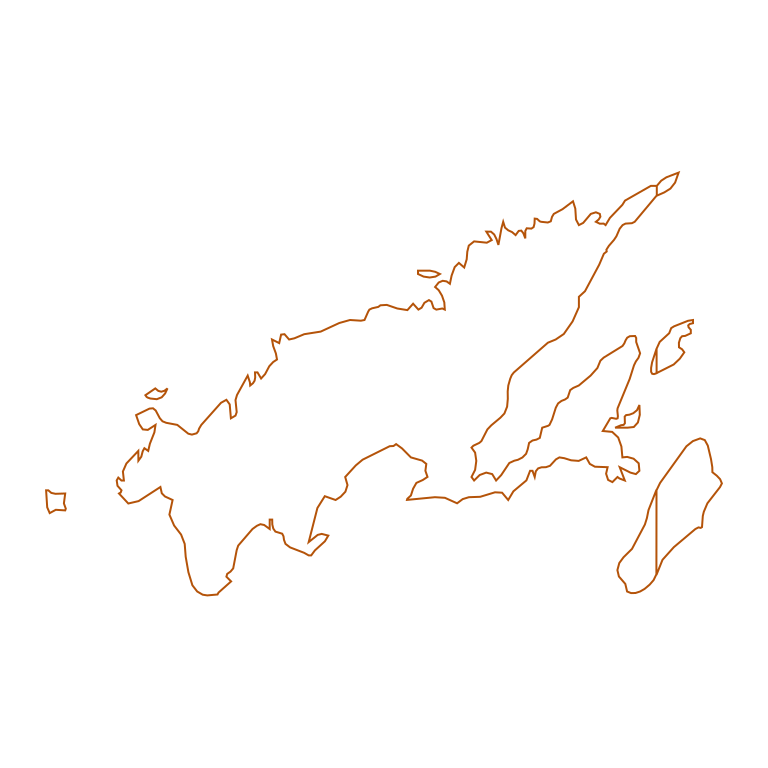 outline of Northern
{"feature_id": "FJI-2619", "entity_name": "Northern", "entity_type": "Division", "adm_level": 1, "iso_a3": "FJI", "parent_name": "Fiji", "parent_adm1": "", "projection": "equal_earth", "projection_center": [179.45, -16.564], "detail": "fine", "context": "isolated", "style": "outline", "palette": "amber", "viewbox_px": 768, "rotation_deg": 0, "n_neighbors": 0, "source": "natural_earth", "source_scale": "10m", "svg_char_len": 6124}
<svg xmlns="http://www.w3.org/2000/svg" viewBox="0 0 768 768"><path d="M656.8,195.4L634.7,221.8L631.9,223.2L625.5,223.6L622.6,225.1L619.7,228.7L616.4,236.3L614.0,239.9L608.9,245.8L606.4,249.7L606.7,251.5L603.9,253.7L599.2,264.7L585.0,291.2L578.9,296.8L578.9,307.2L572.6,321.4L563.8,334.0L555.7,339.5L547.9,342.7L513.8,372.5L511.7,375.2L510.2,378.8L508.3,385.5L507.7,391.4L507.8,398.9L507.1,406.7L504.4,413.5L500.4,417.7L491.3,425.3L487.4,429.4L481.4,441.1L479.3,442.9L473.4,445.7L471.5,447.6L475.1,452.6L476.3,460.9L475.1,469.9L471.5,477.0L474.1,480.5L479.7,475.0L486.2,472.6L492.2,474.1L496.1,480.5L501.2,475.1L509.3,463.0L514.3,460.7L517.9,459.8L522.4,457.5L526.1,453.8L527.7,449.3L529.1,442.9L532.5,440.5L536.5,439.6L539.8,437.9L542.2,427.7L548.1,425.8L549.5,424.9L552.1,419.4L555.8,407.7L558.1,403.4L561.5,400.9L565.0,399.5L567.7,397.6L570.2,390.1L573.3,387.9L578.8,385.5L590.6,375.6L597.4,368.0L600.4,360.7L603.7,357.6L622.5,346.0L624.3,343.4L625.6,340.3L627.2,337.7L629.8,336.2L635.1,336.0L636.2,338.0L636.2,342.0L640.1,353.3L638.5,357.8L635.9,361.4L634.0,365.3L629.7,378.9L617.6,408.3L617.3,410.5L617.9,416.2L617.6,418.3L616.2,418.8L611.7,417.9L610.3,418.3L602.8,431.0L612.2,431.9L618.2,437.5L621.4,446.5L622.4,457.4L627.2,456.9L633.6,458.7L638.7,463.3L639.4,470.8L635.9,474.1L630.4,472.6L619.7,467.2L624.8,480.5L619.5,478.5L617.5,477.0L612.4,482.1L608.1,479.9L606.1,473.7L607.6,467.2L594.9,466.7L589.8,463.9L586.2,457.4L578.7,460.9L571.1,460.3L564.3,458.2L559.4,457.4L555.9,459.4L550.0,465.8L545.9,467.2L541.5,467.3L538.1,468.4L535.8,471.3L534.7,477.0L532.5,470.8L530.1,470.8L526.4,480.4L513.4,491.3L508.2,500.0L502.1,492.7L495.0,492.3L480.2,496.8L468.9,497.2L462.7,499.1L457.1,503.3L444.9,497.8L434.9,497.2L407.0,499.9L407.3,498.8L410.9,495.5L413.1,488.7L416.4,482.9L422.8,480.0L427.5,476.9L425.4,470.8L426.3,463.9L422.1,460.6L410.9,457.4L402.0,448.4L396.1,444.1L393.5,446.0L389.7,446.2L362.6,459.7L355.8,465.4L345.2,477.0L347.5,485.1L345.4,491.7L340.7,496.7L335.6,500.0L324.8,496.2L317.4,508.0L308.7,542.1L317.7,534.9L321.7,533.9L328.3,535.6L324.9,541.3L314.9,550.4L311.2,555.4L308.7,555.4L304.1,552.8L290.1,547.4L285.5,543.9L284.0,539.9L283.5,536.3L282.2,533.7L275.4,531.6L273.3,528.6L272.3,524.5L272.2,519.6L269.7,519.6L269.7,529.0L264.2,525.0L260.4,524.2L256.9,525.8L252.5,529.0L238.2,545.6L236.7,550.1L233.2,568.4L230.5,571.6L227.2,573.9L226.4,576.7L231.1,581.4L218.5,592.6L217.5,594.5L207.3,595.4L202.7,594.7L197.2,591.5L192.4,585.3L188.4,572.2L185.7,556.8L184.7,543.9L181.1,534.6L174.1,525.5L169.4,514.6L172.6,500.0L165.0,496.5L161.8,493.3L160.4,487.0L138.6,501.1L128.3,503.5L119.0,493.5L120.7,492.5L121.5,490.3L117.5,485.8L116.7,480.4L118.3,477.6L121.4,480.5L123.9,480.5L122.9,471.5L126.4,463.5L138.3,450.9L138.4,460.7L141.3,456.7L142.7,451.3L144.4,448.2L148.2,450.9L149.9,443.7L154.4,432.3L155.5,424.9L147.8,429.9L142.8,429.4L139.2,424.1L136.1,415.1L149.5,408.6L153.0,408.3L155.7,410.5L159.8,418.2L162.5,421.3L166.2,422.8L177.3,424.9L188.3,433.7L191.9,434.6L196.6,433.3L198.2,431.3L199.1,428.6L201.3,424.9L221.0,402.8L226.4,399.8L229.7,404.4L230.9,418.3L235.5,415.6L236.7,412.1L235.5,400.1L237.0,395.0L247.7,375.6L249.9,382.3L250.2,385.5L253.0,383.2L254.6,380.7L255.2,377.4L255.0,372.4L257.5,372.4L261.1,378.5L265.1,374.1L269.3,366.2L273.2,362.0L277.0,359.5L275.9,353.5L273.2,346.1L272.0,339.5L279.2,343.1L281.1,334.6L284.5,334.2L289.1,339.5L294.4,338.3L304.2,334.2L320.7,331.6L339.3,323.0L350.0,320.0L360.9,320.7L364.5,320.0L368.2,311.6L369.4,309.6L372.1,308.3L378.3,306.9L380.4,305.3L386.8,304.9L397.3,308.5L407.4,310.1L413.1,303.7L418.4,309.6L421.6,307.7L424.4,302.8L428.9,300.1L431.4,301.6L433.6,308.1L436.3,309.6L442.3,308.5L444.8,309.6L444.3,302.4L442.0,295.7L438.7,290.2L435.1,287.0L438.7,282.5L442.7,280.8L446.6,281.4L449.9,283.8L451.6,275.6L454.7,267.1L458.9,262.9L464.2,267.5L466.7,259.3L467.3,251.7L468.8,245.6L474.1,241.4L486.8,242.7L491.7,240.1L486.3,231.6L491.0,231.7L494.2,234.5L496.5,239.1L498.4,244.9L501.5,228.1L503.2,221.8L505.0,227.6L508.2,230.3L512.1,232.1L515.6,235.1L518.7,230.9L521.3,230.6L523.4,233.3L525.3,238.4L525.3,231.0L526.7,228.3L531.4,228.6L533.6,227.1L534.5,223.6L534.7,218.6L537.1,218.9L539.7,221.3L541.1,221.8L547.8,222.5L550.8,221.3L552.0,216.9L553.8,213.9L562.5,209.2L573.0,201.3L575.3,208.6L576.0,219.5L578.9,225.1L583.2,222.9L590.8,213.9L595.9,212.3L599.8,213.9L600.4,216.7L598.7,219.5L595.9,221.8L599.8,223.7L603.7,223.6L605.6,225.1L609.9,217.9L622.4,204.8L625.0,200.6L650.8,185.9L656.8,185.9L656.8,195.4ZM656.5,490.3L660.1,482.9L686.4,446.3L692.9,441.1L700.2,438.4L704.8,440.1L707.8,445.6L711.0,459.1L712.3,467.2L712.4,472.2L716.8,475.7L720.1,479.2L721.9,483.4L720.0,487.1L707.4,503.3L703.8,511.8L702.8,516.0L702.0,527.1L700.7,527.9L698.5,527.4L695.4,529.0L673.8,547.2L662.5,559.8L656.4,575.0L656.5,490.3ZM656.4,574.3L653.6,580.1L649.7,584.6L644.6,588.9L640.1,591.5L635.5,593.0L631.1,593.1L627.1,591.5L625.3,583.9L618.9,576.5L617.4,570.1L619.3,563.0L623.5,557.3L632.0,548.9L644.9,524.5L646.9,518.1L648.5,510.1L656.5,489.7L656.4,574.3ZM656.6,348.7L659.7,341.9L669.2,333.2L671.2,328.1L674.1,326.3L688.0,320.8L693.0,320.0L693.0,323.2L689.7,324.0L688.2,325.4L688.6,327.3L690.8,329.8L690.8,333.3L685.2,335.9L682.1,336.2L680.3,338.2L678.9,342.8L679.0,347.3L682.1,349.3L684.3,352.3L679.8,358.7L673.7,364.5L656.6,373.1L656.6,348.7ZM65.2,493.5L63.9,503.4L65.8,508.7L65.2,510.4L55.8,509.8L49.7,513.1L47.2,507.3L46.1,490.3L48.3,490.3L51.3,492.9L55.4,493.8L65.2,493.5ZM656.8,185.9L661.2,180.7L666.4,177.3L678.6,172.6L675.1,182.6L670.4,188.6L664.3,192.4L656.8,195.7L656.8,185.9ZM627.3,427.7L615.1,427.7L621.1,425.2L623.6,424.9L624.9,423.3L624.7,416.6L626.1,415.1L629.4,414.7L633.3,413.2L637.0,410.2L639.4,405.0L639.8,414.8L637.9,422.5L633.8,427.0L627.3,427.7ZM155.3,388.4L158.3,390.9L161.3,391.7L164.4,390.8L167.5,388.4L165.1,393.5L161.7,397.3L156.8,399.2L150.3,398.5L147.7,397.6L146.6,396.9L145.4,395.2L155.3,388.4ZM430.1,270.7L435.2,271.8L439.9,274.0L435.5,276.6L429.7,277.5L423.6,276.6L418.0,274.0L418.0,270.7L430.1,270.7ZM656.6,373.2L654.0,374.1L652.2,373.8L651.1,371.8L651.1,367.9L652.1,362.3L656.6,348.5L656.6,373.2Z" fill="none" stroke="#b45309" stroke-width="2"/></svg>